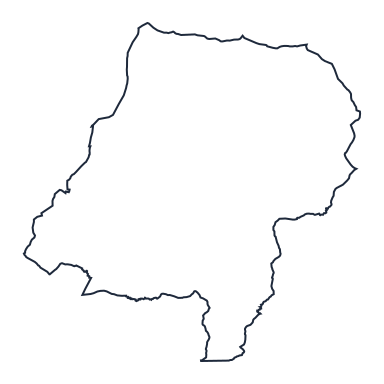 Ocland, Harghita, Romania (Robinson projection)
{"feature_id": "2599482B57317224017504", "entity_name": "Ocland", "entity_type": "district", "adm_level": 2, "iso_a3": "ROU", "parent_name": "Romania", "parent_adm1": "Harghita", "projection": "robinson", "projection_center": [25.454, 46.155], "detail": "fine", "context": "isolated", "style": "outline", "palette": "slate", "viewbox_px": 384, "rotation_deg": 0, "n_neighbors": 0, "source": "geoboundaries", "source_scale": "gbopen_adm2", "svg_char_len": 5931}
<svg xmlns="http://www.w3.org/2000/svg" viewBox="0 0 384 384"><path d="M201.1,361.0L228.8,360.6L230.3,360.0L231.8,360.0L233.9,358.7L234.4,357.7L236.2,357.0L236.7,356.5L238.6,356.0L239.3,355.5L241.9,355.1L242.7,353.1L243.5,352.7L244.0,352.1L244.2,351.5L244.0,350.8L242.9,349.3L240.6,347.5L240.2,346.9L244.0,344.5L244.8,342.5L245.3,339.8L245.5,335.7L245.5,335.1L245.0,334.4L244.9,333.8L245.4,331.4L245.0,329.6L245.0,328.8L245.5,327.8L246.3,326.7L247.2,326.0L250.5,324.8L252.7,322.4L253.3,319.7L254.0,318.9L255.4,317.8L258.2,314.8L259.6,313.9L260.5,313.7L260.0,313.2L259.0,313.3L258.3,312.3L257.2,311.6L257.2,310.9L257.7,311.1L258.2,310.9L258.5,309.8L259.8,309.6L260.0,308.9L261.2,308.6L261.2,308.1L261.0,307.6L260.1,307.0L260.6,306.9L261.5,305.7L261.0,304.7L262.5,304.2L263.0,303.6L263.2,302.5L263.8,301.8L265.6,301.2L266.9,299.7L268.0,299.5L269.4,297.4L270.0,296.9L270.7,296.6L271.6,295.3L273.7,294.2L273.6,291.0L272.2,288.9L271.4,286.1L272.8,278.9L272.7,278.4L272.2,278.1L272.0,277.6L272.6,276.2L273.1,274.2L273.7,272.9L273.6,272.1L272.3,269.2L272.3,268.7L271.6,266.9L271.3,263.5L272.9,262.3L273.5,261.0L275.4,258.9L278.8,256.9L280.1,255.6L280.6,253.8L280.2,252.5L279.9,249.2L279.0,247.8L278.6,245.8L277.0,242.3L275.6,236.7L274.9,236.2L274.5,235.4L274.4,231.4L273.4,230.0L273.4,226.9L274.7,225.0L275.5,222.2L277.8,220.5L279.4,218.8L285.4,218.5L292.8,219.6L294.6,219.6L296.9,219.1L296.9,218.3L297.4,217.8L299.1,217.8L300.8,216.7L303.8,215.4L304.9,214.4L306.8,213.7L309.0,213.6L310.6,213.9L313.1,213.9L314.6,214.8L315.1,214.8L319.1,213.6L320.0,215.1L320.3,215.2L320.9,214.6L323.1,214.7L323.3,214.1L324.1,213.1L325.3,213.3L326.3,212.6L326.3,211.8L325.9,210.8L326.8,210.1L326.0,208.9L326.0,208.5L326.2,208.2L327.2,208.8L328.0,208.6L328.0,208.0L329.2,206.8L330.0,206.6L331.5,204.8L331.5,204.0L331.0,202.6L331.2,200.8L332.6,197.4L333.6,195.8L333.9,191.9L335.5,188.9L336.8,187.9L342.9,184.7L347.1,180.6L349.0,178.3L349.6,175.3L350.2,174.3L351.5,173.1L354.3,170.0L356.3,168.8L354.6,168.1L352.6,166.7L350.6,164.5L346.2,158.3L345.0,155.7L344.7,154.3L345.2,153.0L345.7,152.9L346.9,151.3L350.6,144.2L352.0,142.4L353.4,140.0L354.5,137.1L354.6,135.8L354.1,133.3L350.8,125.0L355.5,120.7L358.1,119.8L358.6,119.2L359.7,117.6L360.1,113.7L360.0,112.3L359.9,111.5L356.5,110.3L356.1,107.0L354.7,104.9L353.4,102.1L351.8,100.4L351.5,99.7L351.1,97.8L351.0,94.0L350.2,92.4L348.4,90.1L347.4,89.6L343.8,85.6L342.5,83.3L338.0,78.9L334.6,69.4L331.9,63.9L325.0,61.1L321.9,59.1L317.9,54.5L307.8,50.1L306.8,48.6L306.1,46.1L306.7,44.6L300.3,45.5L297.1,46.4L295.1,46.0L292.7,46.4L289.8,46.4L288.1,46.0L284.3,45.9L281.5,46.3L279.7,46.9L277.4,48.3L275.6,48.3L272.8,47.8L267.2,46.3L266.5,45.2L265.5,44.9L259.4,44.1L256.4,43.1L244.4,38.0L242.6,35.7L240.6,38.3L239.6,39.1L238.1,39.5L234.1,39.6L229.8,40.6L227.0,40.5L222.6,41.4L221.0,41.4L220.5,41.2L219.2,40.2L215.3,38.5L209.2,39.0L207.3,38.6L204.8,36.4L203.9,36.0L197.5,35.3L194.9,34.4L181.1,35.0L178.1,34.0L176.4,33.8L175.2,33.2L174.4,32.3L173.1,31.6L171.5,32.3L169.9,32.6L168.4,33.1L166.8,32.7L164.1,32.7L157.5,30.4L153.4,27.7L148.8,23.5L147.4,23.0L142.4,25.6L138.4,28.3L138.6,29.2L138.4,32.1L138.0,34.1L136.4,36.8L132.7,42.2L127.7,52.8L127.6,56.0L127.1,58.2L127.0,66.9L126.8,69.5L127.1,75.5L127.6,76.5L127.7,78.8L127.2,83.5L126.6,85.4L126.1,88.0L123.8,95.3L118.8,104.0L113.0,114.9L108.9,117.2L98.7,119.1L93.4,124.7L92.0,125.7L91.6,126.5L93.0,126.1L92.9,127.4L92.3,132.5L90.9,137.4L89.9,143.2L89.0,146.3L90.4,146.3L89.9,147.6L89.6,149.4L89.5,151.0L89.7,152.9L89.6,154.6L89.2,154.8L88.6,157.3L86.0,162.0L84.9,162.7L81.2,166.3L76.0,172.0L73.9,174.1L72.3,174.8L70.8,176.6L70.3,178.2L69.2,179.6L67.3,180.7L67.2,185.1L67.5,189.4L69.6,189.6L69.3,191.1L68.8,192.2L65.8,191.6L65.5,193.1L61.5,190.3L59.7,189.9L54.8,194.1L54.4,196.9L53.0,199.1L52.5,201.0L52.6,205.7L41.4,213.2L42.0,215.6L37.3,216.8L33.9,219.5L33.9,222.0L32.6,227.5L33.3,232.7L35.0,235.5L34.4,237.5L31.9,239.6L30.7,241.9L29.9,244.7L27.7,246.6L26.0,249.2L25.1,251.3L25.1,252.8L23.9,253.5L24.5,254.9L25.6,256.0L26.0,256.8L27.3,257.8L34.8,261.9L36.7,263.5L38.2,265.4L39.0,265.7L39.6,266.4L40.4,267.6L47.3,271.8L49.4,274.3L49.8,274.3L55.1,269.8L56.2,269.1L58.5,266.5L60.3,263.8L62.0,263.2L65.2,264.4L67.6,264.3L71.3,264.9L73.9,266.1L74.4,266.2L75.1,265.8L75.8,265.9L76.3,265.5L82.2,268.4L82.1,269.4L83.8,270.7L83.8,271.4L84.2,271.8L85.5,271.8L86.4,270.8L86.8,270.8L87.1,271.1L86.9,272.0L87.0,272.9L88.0,274.0L87.6,275.3L87.6,275.7L89.3,276.2L89.4,276.7L89.2,277.6L91.1,277.9L85.3,288.8L82.4,294.9L90.6,294.0L93.6,293.2L97.4,291.5L100.4,290.9L104.0,290.7L106.7,291.4L111.7,293.9L114.1,294.2L117.3,295.4L121.8,295.8L126.1,295.7L126.1,296.4L127.3,296.8L127.5,297.2L128.1,297.0L128.2,297.4L128.0,298.0L128.6,298.1L129.9,297.6L130.1,297.8L129.9,298.6L130.9,299.2L131.4,299.1L131.8,298.6L132.4,299.2L133.8,299.0L135.7,299.5L135.9,299.9L135.6,300.6L136.4,301.1L138.2,300.3L138.5,299.2L138.9,299.1L139.7,298.9L139.7,299.5L140.1,299.6L140.6,299.4L141.0,298.6L142.2,298.6L143.7,299.2L144.6,298.4L144.9,297.7L145.3,297.8L145.8,298.6L148.1,298.5L149.0,298.8L149.6,299.5L150.6,299.3L151.3,299.8L151.7,299.1L153.0,298.9L153.5,298.2L155.4,297.7L156.3,297.8L156.7,298.5L157.4,298.6L160.1,296.5L161.0,294.5L162.0,293.8L163.1,293.7L165.9,294.2L167.9,295.1L169.8,295.0L174.2,296.3L178.2,297.9L182.4,297.8L183.5,297.3L186.6,297.1L190.1,296.1L191.8,294.3L193.1,293.4L194.2,291.4L195.0,291.1L195.9,291.3L197.5,292.6L199.5,295.0L200.5,297.5L203.1,298.4L206.8,300.6L207.5,302.0L207.5,303.9L207.8,305.0L209.6,307.9L208.8,309.0L208.2,311.0L206.7,312.3L205.2,313.1L203.1,315.5L203.7,318.5L203.6,319.1L202.7,320.6L202.5,323.5L202.6,324.4L203.1,325.0L204.3,325.7L204.9,326.5L205.6,328.9L205.9,330.8L207.1,331.8L208.2,333.5L208.5,334.8L209.4,336.9L209.4,337.8L208.7,339.6L207.4,341.6L207.1,342.4L207.1,343.9L206.5,347.0L205.9,348.7L205.9,349.3L206.5,350.5L206.5,351.3L206.1,353.0L206.3,354.7L206.1,357.4L202.0,360.3L201.0,360.4L201.1,361.0Z" fill="none" stroke="#1e293b" stroke-width="2"/></svg>